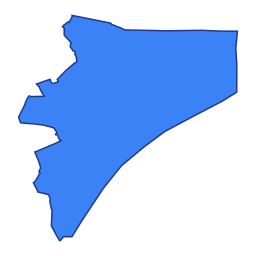 Ketu South, Volta, Ghana
{"feature_id": "2480657B7709388821831", "entity_name": "Ketu South", "entity_type": "district", "adm_level": 2, "iso_a3": "GHA", "parent_name": "Ghana", "parent_adm1": "Volta", "projection": "robinson", "projection_center": [1.022, 6.081], "detail": "fine", "context": "isolated", "style": "filled", "palette": "blue", "viewbox_px": 256, "rotation_deg": 0, "n_neighbors": 0, "source": "geoboundaries", "source_scale": "gbopen_adm2", "svg_char_len": 3550}
<svg xmlns="http://www.w3.org/2000/svg" viewBox="0 0 256 256"><path d="M40.1,165.7L40.4,167.0L40.6,167.6L40.5,168.2L40.4,168.7L40.1,169.2L39.8,169.6L39.5,170.4L39.1,171.2L39.1,171.7L39.1,171.9L39.2,172.0L39.5,172.6L39.7,172.8L39.8,172.9L39.9,173.2L39.8,173.4L39.3,174.0L39.1,174.4L38.6,175.3L37.9,176.7L37.4,177.5L37.2,177.9L37.0,178.3L36.3,179.4L35.7,180.3L35.1,181.1L34.1,182.3L33.8,182.7L33.4,182.8L36.6,188.9L37.9,192.0L48.6,194.6L50.2,199.0L50.2,199.3L50.1,199.9L49.9,200.5L49.8,201.1L49.9,201.7L50.1,202.3L50.3,202.8L50.3,203.2L50.2,203.6L50.2,204.1L50.3,204.5L50.6,205.0L50.8,205.3L50.9,205.6L51.0,206.1L51.0,206.6L50.9,207.1L51.0,207.6L51.1,208.1L51.5,208.9L51.8,209.5L51.9,210.1L51.9,210.5L52.0,210.8L52.0,211.4L51.7,217.8L51.7,218.2L51.7,218.9L51.6,219.7L51.6,220.7L51.6,221.6L51.5,222.3L51.5,222.9L51.5,223.8L51.4,224.6L51.4,225.9L51.7,226.5L56.4,235.2L59.5,240.6L60.2,240.6L60.6,240.4L61.1,239.7L61.7,238.9L62.4,238.1L63.1,237.2L63.5,236.7L72.0,236.7L82.1,220.3L103.5,188.1L121.4,165.8L144.2,146.8L164.8,131.5L194.4,115.7L222.0,101.3L236.7,92.2L236.8,72.9L236.8,64.9L235.8,48.2L237.4,31.2L219.7,31.1L202.1,30.3L166.1,30.8L125.4,29.9L125.2,30.0L124.7,29.8L123.3,29.1L121.9,28.5L120.4,27.7L118.8,27.2L117.2,26.7L114.8,25.5L111.9,24.7L110.7,23.1L72.1,15.4L72.1,15.8L72.0,16.4L72.0,16.9L71.9,17.3L71.8,17.6L71.5,18.1L71.2,18.6L70.8,19.2L70.6,19.6L70.3,20.0L70.1,20.3L69.8,20.7L69.6,21.1L69.5,21.5L69.5,21.9L69.4,22.3L69.3,22.6L68.9,22.5L68.4,22.0L67.4,22.1L66.8,22.7L65.8,23.7L65.4,24.1L65.2,24.2L65.0,24.3L64.5,24.6L64.1,24.8L63.6,25.3L63.1,26.0L62.7,26.7L62.5,26.9L63.3,27.4L63.6,27.5L63.9,27.7L64.2,28.0L64.4,28.2L64.4,28.5L64.4,28.8L64.2,29.0L64.3,29.3L64.3,29.5L64.1,29.7L64.0,29.9L64.0,30.2L64.2,30.4L64.4,30.6L64.5,31.0L64.4,31.3L64.3,31.6L64.2,31.9L64.1,32.2L64.1,32.5L64.2,32.9L64.3,33.3L64.2,33.7L64.2,34.1L64.1,34.4L64.2,34.8L64.4,35.2L64.8,35.9L71.0,42.6L71.0,43.0L71.0,43.3L70.9,43.5L70.8,43.9L70.6,44.1L70.6,44.3L70.6,44.6L70.5,45.0L70.4,45.3L70.3,45.8L70.3,46.7L70.4,47.1L70.6,47.5L70.9,47.9L71.1,48.1L71.4,48.4L71.6,48.5L71.9,48.7L72.2,49.5L72.3,49.9L72.4,50.2L72.6,50.5L72.8,50.8L73.1,50.8L73.6,50.9L73.9,51.0L74.3,51.2L74.7,51.6L75.1,52.0L75.2,52.4L75.3,52.8L75.1,53.2L74.9,53.6L74.7,53.9L74.9,54.3L75.9,55.9L77.0,61.3L76.7,61.6L76.0,62.2L75.5,62.6L75.1,62.9L74.2,63.3L73.4,64.0L73.1,64.3L72.8,64.6L72.3,65.0L71.8,65.4L70.6,66.5L69.7,67.2L69.1,67.7L65.8,70.6L61.1,75.4L57.2,79.4L58.3,81.8L53.4,83.5L51.8,83.0L51.5,82.7L51.2,82.3L50.7,81.3L50.4,79.9L50.0,79.3L36.5,84.0L37.1,84.7L38.0,85.6L38.7,86.4L39.2,87.0L39.7,87.9L40.1,89.0L40.5,90.1L43.7,95.5L43.9,95.9L44.1,96.3L43.8,96.3L31.3,96.6L29.0,95.9L28.7,96.3L28.2,97.1L27.7,97.8L27.1,99.0L26.5,100.0L26.1,101.0L25.6,102.1L25.2,103.2L24.9,104.3L24.6,105.0L23.9,106.5L22.9,108.7L21.8,110.7L21.0,112.3L20.3,113.7L19.5,115.4L18.6,117.1L20.5,122.7L23.5,123.1L26.0,123.4L28.4,123.5L30.8,123.7L32.6,123.8L34.4,123.9L37.9,124.4L43.8,125.1L44.4,125.3L46.1,125.9L47.3,126.1L48.2,126.3L50.5,126.9L51.5,127.2L52.3,127.4L53.1,127.7L54.5,128.4L54.8,129.0L55.0,129.7L55.4,130.2L55.8,130.8L56.3,131.5L56.6,132.1L56.9,132.8L56.9,133.2L56.8,133.5L56.5,133.7L56.0,133.8L55.6,133.9L55.5,134.0L55.5,134.5L55.7,134.8L56.1,134.8L56.8,134.8L57.3,135.0L57.8,135.4L58.0,136.1L58.3,136.9L58.4,137.3L58.8,138.5L58.9,138.8L59.6,139.6L59.9,140.1L60.3,140.4L60.9,140.7L54.3,143.9L50.6,145.4L38.8,150.4L34.8,152.0L35.0,152.4L35.1,152.7L35.8,154.4L36.3,155.4L36.9,156.9L37.4,158.2L37.9,159.2L38.2,160.0L38.6,161.0L39.0,162.4L39.6,164.0L40.1,165.7Z" fill="#3b82f6" stroke="#1e3a8a" stroke-width="1.5"/></svg>